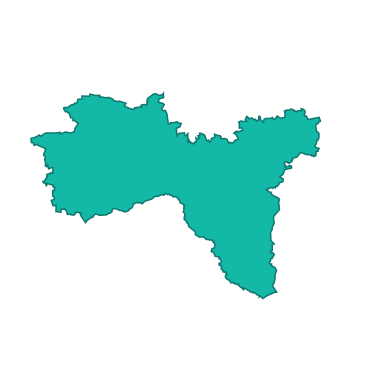 the district of Planeta Rica, Córdoba, Colombia, rotated 75°
{"feature_id": "7082276B80590541322952", "entity_name": "Planeta Rica", "entity_type": "district", "adm_level": 2, "iso_a3": "COL", "parent_name": "Colombia", "parent_adm1": "Córdoba", "projection": "albers", "projection_center": [-75.58, 8.302], "detail": "fine", "context": "isolated", "style": "filled", "palette": "teal", "viewbox_px": 384, "rotation_deg": 75, "n_neighbors": 0, "source": "geoboundaries", "source_scale": "gbopen_adm2", "svg_char_len": 6024}
<svg xmlns="http://www.w3.org/2000/svg" viewBox="0 0 384 384"><g transform="rotate(75 192 192)"><path d="M89.4,194.1L90.1,194.9L90.4,198.3L87.7,201.7L87.4,203.7L90.3,210.9L91.4,210.9L92.1,212.0L93.8,211.5L94.3,212.6L96.2,213.1L95.0,215.8L95.0,218.2L95.1,218.9L96.7,218.4L95.8,225.7L97.4,226.8L95.4,230.4L91.5,235.1L89.2,232.8L85.3,239.1L85.2,241.2L83.0,244.4L82.0,244.3L80.6,245.8L78.9,248.5L79.0,250.1L76.4,255.8L76.5,256.7L74.8,256.0L73.9,260.0L71.1,265.2L73.0,266.3L70.8,273.4L73.8,274.2L72.9,278.2L75.8,279.8L76.4,281.9L75.8,282.5L77.0,284.2L76.6,286.0L78.4,291.3L77.5,292.2L77.5,294.2L79.6,294.3L81.9,293.3L81.9,291.9L83.6,291.1L83.7,290.3L88.9,290.0L88.9,288.9L91.1,287.9L92.2,288.5L92.3,287.4L96.3,284.1L100.1,288.4L103.3,290.1L103.7,293.9L101.3,298.4L101.9,303.9L100.3,303.8L99.7,308.8L97.4,316.9L97.3,319.1L99.1,323.7L97.5,324.5L98.7,330.0L98.5,333.6L102.7,334.4L102.9,332.7L106.1,332.5L105.8,329.0L107.1,328.7L112.3,322.0L117.8,325.8L120.5,324.5L122.4,325.8L126.2,325.9L128.9,326.9L129.9,325.9L128.6,324.6L132.5,324.5L132.1,321.3L132.9,319.9L137.9,321.8L136.9,323.3L137.1,324.5L137.8,324.9L137.3,326.4L137.6,327.7L140.9,328.6L141.4,330.1L142.9,331.0L143.4,333.4L145.0,332.7L145.9,330.4L147.0,331.3L148.2,331.2L146.6,329.2L149.7,324.1L151.2,324.9L151.9,323.4L154.9,324.5L154.3,325.7L155.0,326.3L159.9,327.6L161.0,326.4L163.3,326.7L163.8,330.1L169.3,329.8L169.9,326.7L175.7,328.5L177.6,323.8L174.5,322.7L175.6,320.3L175.4,319.3L177.9,318.2L181.4,318.1L182.1,314.8L182.7,314.8L183.8,311.9L183.0,311.3L183.0,310.3L181.3,309.5L183.1,305.4L183.9,305.7L184.3,305.0L185.5,305.7L194.1,302.7L192.2,300.5L190.5,295.8L190.7,294.1L189.6,293.4L188.1,290.8L190.6,287.2L192.0,280.4L191.2,278.7L191.3,276.2L190.4,275.5L190.3,274.4L188.9,274.0L187.6,272.2L188.7,269.5L191.2,266.4L192.1,263.7L192.8,263.7L194.0,261.4L193.6,258.0L192.6,257.3L191.7,254.1L188.5,251.4L187.6,248.2L188.7,246.9L188.3,245.6L190.5,243.3L188.6,239.5L188.5,233.1L186.7,228.8L187.4,226.0L186.7,222.0L187.8,219.7L187.0,219.6L186.6,217.8L188.0,216.5L187.9,215.1L189.5,214.0L189.7,212.7L191.9,211.5L191.8,209.8L194.1,207.2L196.0,207.0L196.3,206.3L199.7,206.1L200.7,204.3L202.5,203.3L203.3,203.5L203.7,202.7L205.4,204.3L206.2,203.9L209.2,205.7L210.1,204.8L212.0,204.8L214.2,205.9L214.9,205.4L215.1,206.2L216.8,206.6L218.7,204.7L220.1,205.2L222.3,203.7L223.7,204.2L225.0,203.8L231.4,199.0L234.0,199.8L237.6,196.4L238.1,192.6L241.4,190.7L242.5,187.6L243.1,187.4L243.0,186.3L245.0,184.1L245.4,184.4L245.9,183.8L246.4,184.4L246.8,183.7L249.0,183.4L252.0,185.2L251.8,187.3L254.3,188.8L254.9,188.6L254.8,187.6L256.4,186.6L258.3,186.6L259.0,185.9L260.0,186.3L261.7,182.6L262.7,183.1L263.1,182.4L263.6,182.9L264.2,182.0L266.7,181.4L268.1,182.7L267.8,184.2L269.7,184.7L270.3,183.0L271.3,183.3L272.3,182.8L273.8,183.8L275.9,182.5L277.2,182.6L276.9,181.7L277.9,181.3L277.7,180.4L278.8,179.6L279.3,180.1L280.4,179.7L280.3,180.2L282.4,181.7L283.8,181.7L286.5,179.6L286.7,178.7L289.8,178.0L289.8,176.7L290.8,175.4L290.4,174.8L292.2,174.0L292.1,172.8L292.7,172.5L293.1,171.1L293.7,171.5L294.1,170.6L295.1,170.7L297.3,169.1L297.4,168.0L298.2,168.1L298.2,166.8L298.7,168.1L299.6,167.7L298.7,166.9L299.2,166.7L298.8,166.1L299.4,164.7L301.1,163.8L302.5,161.9L303.5,161.8L304.5,159.0L305.3,159.2L305.7,157.0L307.7,156.2L310.1,153.4L310.6,153.9L310.4,153.0L313.2,151.1L311.4,145.8L310.9,140.9L310.3,140.5L310.7,136.1L303.2,138.6L301.5,136.6L297.9,134.5L293.0,133.0L289.9,130.7L286.4,131.4L283.4,134.6L282.2,133.8L281.8,135.1L280.0,135.6L278.8,134.0L276.6,133.1L276.9,131.8L273.6,128.7L271.3,129.8L271.3,131.8L269.6,131.6L269.1,129.5L263.6,128.2L263.5,126.0L259.4,128.4L251.5,126.6L248.8,124.2L246.7,123.6L243.6,120.7L238.5,120.1L236.4,119.0L231.7,112.1L224.0,110.9L222.4,109.7L220.6,109.7L215.5,115.5L212.7,115.7L211.8,117.7L209.3,119.4L209.7,118.4L207.8,116.6L208.4,115.8L208.0,114.5L209.3,113.1L208.8,111.0L209.4,110.4L208.5,110.1L208.7,108.2L207.7,107.6L207.6,106.5L205.7,105.4L205.6,101.5L203.2,100.5L199.9,103.2L198.4,99.4L194.4,96.6L194.6,89.6L192.7,89.2L191.5,91.1L192.2,91.6L191.8,95.7L190.2,94.9L188.0,95.5L187.0,94.5L187.9,92.0L189.1,91.5L189.2,90.2L188.5,87.8L187.9,87.9L186.9,86.4L186.1,86.7L185.5,85.7L185.3,81.2L182.8,78.1L182.2,76.1L185.2,72.3L187.2,67.0L188.2,66.8L187.8,65.8L189.2,65.3L188.9,62.9L188.0,63.3L187.2,62.3L185.2,62.1L185.3,59.6L183.7,59.1L182.9,58.0L180.5,61.5L178.2,60.7L177.9,59.7L174.4,57.9L174.5,56.9L172.3,55.3L168.1,54.2L165.5,55.9L160.4,55.5L158.2,54.1L158.6,52.6L157.1,51.3L156.9,49.6L152.8,49.9L152.1,61.1L148.4,61.8L147.7,63.6L146.0,63.6L145.5,62.6L143.3,61.9L141.9,62.3L140.9,63.7L140.0,63.1L141.0,64.3L139.9,65.0L141.7,65.8L140.9,69.1L141.7,70.1L140.5,71.7L141.1,72.5L139.9,71.8L137.4,74.8L138.1,76.6L137.3,79.7L137.9,80.4L137.6,81.7L140.4,81.8L143.9,82.9L143.8,87.1L141.7,89.6L140.8,89.6L141.2,91.2L142.8,91.9L142.9,94.3L140.7,95.2L141.5,95.9L140.0,102.0L140.5,103.6L143.1,104.9L138.7,107.9L138.3,106.6L136.3,107.0L136.3,107.9L139.4,108.7L139.2,109.3L140.4,110.0L139.6,111.6L138.2,112.0L137.8,114.1L136.0,114.8L136.0,118.3L133.6,118.8L133.2,119.7L135.6,121.7L137.6,120.9L137.3,124.0L136.0,126.6L136.7,128.9L138.6,128.6L142.5,129.8L142.8,127.4L145.6,127.2L145.9,132.6L145.1,132.5L144.8,133.8L146.1,136.4L147.7,134.6L153.1,133.4L153.1,136.8L155.3,139.8L153.7,143.1L154.4,144.0L150.2,144.5L148.7,146.9L148.3,149.8L146.5,149.6L146.4,150.5L144.9,150.3L144.1,152.5L142.0,155.3L144.9,155.6L145.4,159.6L147.2,159.9L148.3,162.2L146.1,162.5L146.5,164.5L140.3,165.0L139.7,166.5L139.2,166.3L137.7,168.0L137.2,169.5L139.4,169.9L139.3,171.9L141.9,171.0L142.1,173.0L140.7,174.2L144.7,174.7L144.4,176.2L146.0,177.9L144.0,179.9L144.4,180.6L142.3,181.1L143.1,183.1L141.5,183.3L141.2,181.4L138.5,182.0L134.6,180.9L136.3,183.7L135.0,184.4L132.9,183.9L132.0,189.5L133.8,192.0L126.5,190.7L125.9,186.8L123.0,184.7L121.3,188.0L120.3,188.2L120.3,191.4L119.4,194.8L120.2,195.2L120.3,197.3L109.9,196.0L106.4,196.6L105.9,198.9L104.0,199.9L100.3,196.1L99.1,197.0L96.6,201.2L93.6,199.8L93.5,195.0L89.4,194.1Z" fill="#14b8a6" stroke="#0f766e" stroke-width="1.5"/></g></svg>